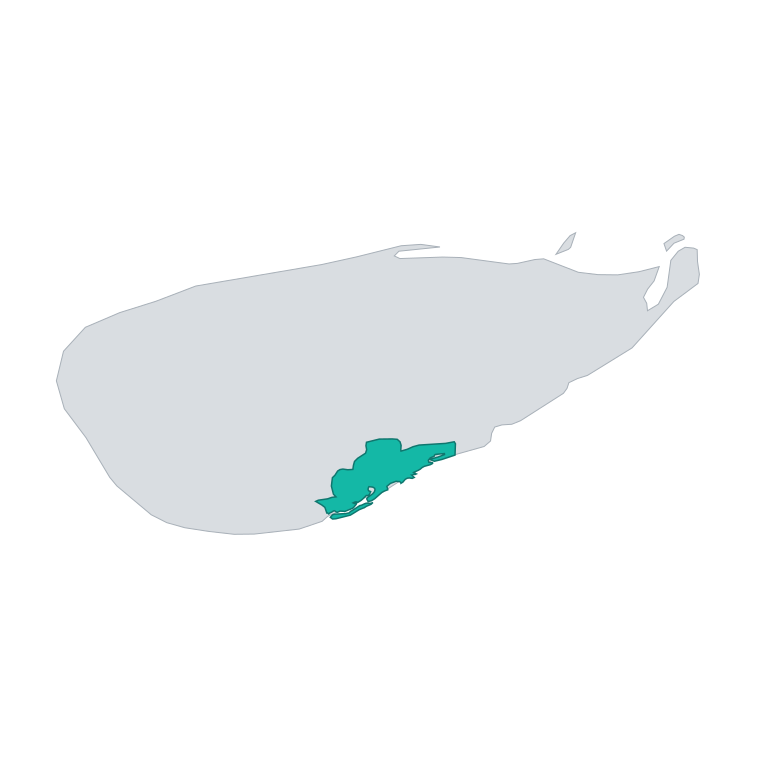 location of Maḍakalapuva within Sri Lanka, rotated 84°
{"feature_id": "LKA-2452", "entity_name": "Maḍakalapuva", "entity_type": "District", "adm_level": 1, "iso_a3": "LKA", "parent_name": "Sri Lanka", "parent_adm1": "", "projection": "equal_earth", "projection_center": [81.59, 7.833], "detail": "fine", "context": "in_parent", "style": "filled", "palette": "teal", "viewbox_px": 768, "rotation_deg": 84, "n_neighbors": 0, "source": "natural_earth", "source_scale": "10m", "svg_char_len": 3574}
<svg xmlns="http://www.w3.org/2000/svg" viewBox="0 0 768 768"><g transform="rotate(84 384 384)"><path d="M283.1,58.5L295.1,59.4L307.9,58.9L316.8,61.2L332.2,87.1L374.0,133.5L396.7,180.7L398.8,191.0L402.0,200.0L407.4,202.4L412.0,206.5L434.8,252.1L437.4,261.1L437.0,271.0L438.4,278.4L444.3,282.1L451.8,284.0L456.6,290.9L462.8,327.3L462.8,338.6L464.5,343.5L493.2,400.2L494.9,407.1L494.6,412.3L495.4,416.7L501.0,426.8L509.7,453.8L514.1,459.9L519.4,483.5L519.7,528.7L517.8,548.8L512.4,573.3L506.1,597.2L499.2,614.5L489.7,629.2L457.5,660.3L448.2,666.5L406.2,686.0L375.2,704.5L346.6,709.5L317.9,699.3L296.4,675.1L285.4,639.4L277.9,602.3L266.9,561.0L258.7,433.5L254.7,397.9L248.3,352.5L249.0,332.8L253.6,314.0L253.5,355.3L257.7,360.4L260.9,355.1L263.9,312.3L266.3,294.2L277.7,247.1L278.0,238.7L276.0,221.0L276.2,212.1L293.2,179.1L297.6,159.8L299.9,140.2L299.0,118.9L296.0,98.0L309.7,104.6L317.2,111.9L324.9,116.9L331.2,114.3L338.7,114.3L333.3,102.8L317.4,92.3L291.0,85.8L282.7,77.5L279.5,70.3L281.2,61.9L283.1,58.5ZM269.4,186.6L273.0,199.4L262.7,190.6L255.9,183.4L253.6,177.6L267.6,184.1L269.4,186.6ZM281.4,89.1L273.6,90.9L267.4,79.7L266.0,75.0L267.6,71.6L269.3,70.0L271.3,70.5L274.3,80.9L281.4,89.1Z" fill="#d9dde1" stroke="#a8b0b8" stroke-width="1"/><path d="M462.1,320.8L462.5,322.5L465.1,334.3L466.1,342.0L463.8,346.2L462.5,339.3L462.4,338.3L460.5,331.2L459.5,331.2L459.4,336.6L459.5,338.3L459.4,338.2L459.4,338.7L459.4,339.5L459.5,340.5L460.0,341.2L461.0,341.6L461.2,342.2L462.3,345.7L464.5,347.9L466.6,347.6L467.3,344.0L468.1,344.0L468.9,345.9L469.1,346.5L470.1,352.5L471.1,354.9L472.5,356.9L473.4,358.9L475.0,363.7L475.6,362.8L476.4,362.0L476.8,361.3L477.3,362.8L476.8,363.7L477.0,364.3L477.3,364.7L477.3,364.8L477.5,365.1L477.5,365.9L478.2,365.2L479.5,364.3L480.1,363.7L480.4,364.6L480.8,365.8L480.5,367.1L480.1,368.5L480.1,369.5L480.1,370.6L481.0,372.8L482.5,374.4L483.5,375.4L484.5,377.5L483.9,377.5L483.6,377.8L483.2,378.1L483.0,378.3L482.7,378.5L482.4,380.4L482.0,382.2L483.5,387.9L484.3,389.2L486.1,391.9L488.7,391.3L489.6,391.3L490.5,394.8L491.4,397.0L491.7,397.6L497.1,405.2L498.9,408.9L499.2,412.1L496.4,413.2L495.1,412.1L492.1,406.8L490.4,405.0L488.4,404.0L488.1,404.0L486.7,404.2L485.4,405.9L484.5,409.7L486.0,410.6L487.4,410.9L488.7,410.3L489.6,408.5L491.1,409.3L492.4,410.2L492.9,410.9L493.2,411.4L493.0,413.2L494.7,415.3L496.3,417.4L497.6,419.4L499.0,422.5L498.4,423.5L498.2,424.4L498.4,425.6L499.0,427.2L499.8,425.9L499.3,423.6L500.8,424.3L503.7,427.2L504.4,428.5L506.7,436.4L506.5,436.7L505.8,441.0L505.9,441.4L506.0,441.5L506.5,443.1L506.7,443.8L506.2,445.0L505.3,445.9L504.8,446.9L505.4,448.4L506.0,449.5L506.2,450.3L506.3,450.4L506.6,451.4L507.5,452.5L506.2,453.8L506.3,454.4L503.9,454.9L500.5,455.7L497.9,458.4L493.6,464.2L492.7,461.5L492.3,452.0L491.3,447.8L491.2,443.6L488.3,445.8L480.0,447.0L471.8,445.1L469.6,442.3L465.7,439.2L464.5,436.7L464.3,433.8L465.5,429.0L465.7,423.9L461.7,422.9L457.9,421.4L455.1,417.9L450.9,409.6L447.5,408.1L443.5,408.4L440.1,407.5L438.3,394.5L439.5,381.5L440.4,376.6L443.2,374.1L446.8,373.4L451.3,374.2L452.5,374.1L451.4,367.8L449.4,361.7L448.4,355.5L449.5,329.0L448.8,320.2L450.9,319.2L462.1,320.8ZM502.4,420.8L502.2,419.0L501.7,417.6L501.1,415.9L500.7,414.3L500.8,412.5L501.1,411.0L501.3,409.4L500.7,407.4L502.3,409.5L503.8,414.3L505.0,416.6L505.2,417.6L506.4,421.8L509.5,428.2L510.9,431.2L513.0,445.9L512.9,449.3L511.0,451.3L509.3,449.5L508.7,448.7L508.5,448.4L508.4,447.5L508.3,446.7L508.3,446.4L508.9,435.7L508.5,432.1L507.1,430.5L506.6,429.0L502.4,420.8Z" fill="#14b8a6" stroke="#0f766e" stroke-width="1.5"/></g></svg>